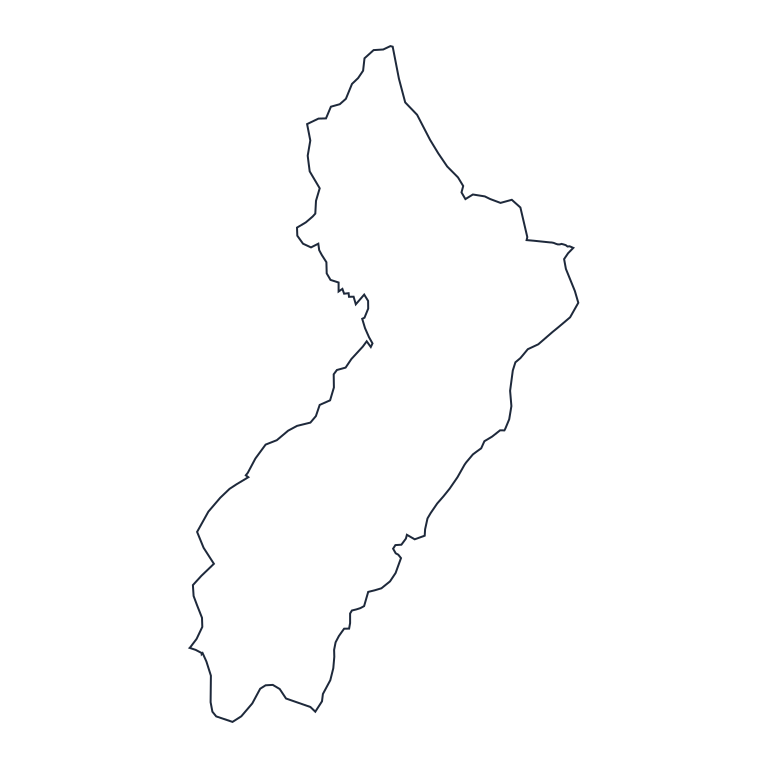 Lelouma, Lélouma, Guinea
{"feature_id": "49546643B79531384041877", "entity_name": "Lelouma", "entity_type": "district", "adm_level": 2, "iso_a3": "GIN", "parent_name": "Guinea", "parent_adm1": "Lélouma", "projection": "equal_earth", "projection_center": [-12.691, 11.514], "detail": "fine", "context": "isolated", "style": "outline", "palette": "slate", "viewbox_px": 768, "rotation_deg": 0, "n_neighbors": 0, "source": "geoboundaries", "source_scale": "gbopen_adm2", "svg_char_len": 2565}
<svg xmlns="http://www.w3.org/2000/svg" viewBox="0 0 768 768"><path d="M189.7,647.9L195.7,649.9L201.6,653.0L201.7,654.1L202.6,653.1L206.4,661.5L210.9,675.7L210.6,702.2L212.4,711.7L216.2,716.4L232.5,721.9L241.3,716.3L252.3,703.4L260.2,688.7L265.6,685.3L272.8,684.9L279.7,689.0L286.0,698.5L310.4,707.0L315.3,711.7L322.0,701.3L322.9,694.0L330.3,680.2L333.3,668.2L334.3,656.8L334.1,649.9L335.6,642.3L338.9,636.0L344.1,628.7L349.1,628.6L350.1,623.1L350.1,613.5L351.9,610.5L356.4,609.4L360.4,608.1L364.1,606.1L368.2,591.9L374.7,590.3L381.4,588.3L390.0,581.4L395.6,573.0L398.2,565.8L401.0,558.1L398.3,554.7L395.7,553.3L393.1,548.7L395.4,545.1L401.4,544.7L405.9,538.6L406.9,534.8L414.7,539.3L424.7,535.7L425.1,529.3L427.5,518.4L430.7,513.0L437.2,503.5L443.4,496.4L449.6,488.7L457.5,477.2L464.5,464.8L466.1,462.5L472.9,454.4L476.5,451.7L481.2,448.3L484.4,441.2L492.1,436.6L500.1,430.3L504.4,430.4L505.3,428.7L509.2,419.3L511.4,406.1L510.1,390.8L512.8,370.5L515.4,362.3L520.4,358.1L527.8,349.2L538.3,344.3L552.5,332.0L557.9,327.6L570.1,317.3L578.3,302.8L574.9,291.1L565.9,268.9L564.1,259.1L568.1,253.2L573.3,247.9L571.3,247.0L569.6,246.3L567.5,246.5L565.7,245.1L563.4,244.4L561.5,243.9L559.8,244.4L557.8,244.4L555.9,243.8L553.7,242.9L551.7,242.5L549.9,242.4L533.5,240.7L526.6,240.1L527.3,237.1L520.4,207.5L511.8,199.8L500.5,202.9L490.1,199.0L484.8,196.4L479.2,195.5L472.9,194.5L465.4,199.1L461.5,192.4L463.2,186.0L458.0,177.4L447.2,166.5L438.3,153.4L430.1,139.9L417.1,114.8L405.2,102.4L398.9,78.6L392.7,46.7L390.4,46.1L383.2,49.5L373.6,50.1L364.5,58.3L363.1,70.7L358.1,78.1L352.0,83.9L345.9,98.8L339.8,104.2L330.9,106.7L326.0,118.4L318.5,118.6L311.4,122.0L307.1,124.1L310.3,140.5L307.7,155.7L308.6,163.0L309.7,171.4L319.7,188.3L316.0,200.8L315.3,213.6L312.7,216.5L305.8,222.4L297.0,227.6L297.3,235.7L303.0,243.7L311.0,247.4L318.3,243.7L319.2,250.2L321.8,255.0L326.4,262.2L326.7,273.4L330.5,279.9L338.6,282.5L338.6,291.5L342.4,288.9L344.1,293.7L348.6,293.2L349.0,296.8L353.6,296.7L355.8,304.3L364.2,294.6L368.1,300.9L368.2,308.6L364.5,317.7L362.2,318.8L365.0,328.1L369.0,337.2L372.5,343.4L370.8,347.0L366.7,341.3L362.8,346.6L351.4,359.0L345.6,367.6L336.9,370.0L333.7,374.3L333.9,387.5L330.1,400.3L319.7,404.9L315.9,416.1L310.4,422.6L297.0,425.9L288.1,430.7L276.8,440.2L265.6,444.6L255.4,458.5L247.8,472.8L245.8,475.3L248.3,477.2L236.5,484.3L229.6,488.8L220.2,497.8L208.4,511.6L197.1,531.9L203.6,547.8L213.9,563.8L201.3,575.9L192.9,585.1L193.6,596.0L197.0,605.1L202.0,617.8L202.3,626.9L196.6,638.9L190.1,647.5L189.7,647.9Z" fill="none" stroke="#1e293b" stroke-width="2"/></svg>